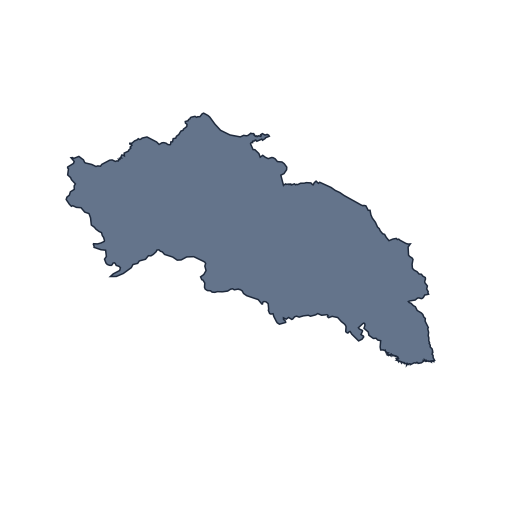 Kaeng Khoi, Saraburi, Thailand (Robinson projection), rotated 134°
{"feature_id": "78962969B58188508241949", "entity_name": "Kaeng Khoi", "entity_type": "district", "adm_level": 2, "iso_a3": "THA", "parent_name": "Thailand", "parent_adm1": "Saraburi", "projection": "robinson", "projection_center": [101.053, 14.576], "detail": "fine", "context": "isolated", "style": "filled", "palette": "slate", "viewbox_px": 512, "rotation_deg": 134, "n_neighbors": 0, "source": "geoboundaries", "source_scale": "gbopen_adm2", "svg_char_len": 6068}
<svg xmlns="http://www.w3.org/2000/svg" viewBox="0 0 512 512"><g transform="rotate(134 256 256)"><path d="M313.8,457.3L314.3,452.4L316.2,451.6L322.8,453.3L323.5,452.7L323.6,451.4L328.5,447.8L328.4,443.8L329.3,441.8L329.6,436.0L331.9,435.5L334.3,433.0L338.8,434.1L341.9,432.5L345.0,432.9L347.2,431.8L348.4,426.3L348.5,423.3L347.1,422.8L345.8,419.0L342.8,415.4L343.4,409.7L341.5,405.6L343.5,401.5L348.1,396.0L347.6,392.2L347.9,389.7L347.4,385.9L346.5,383.4L348.1,380.7L348.5,378.5L350.1,375.8L350.9,375.3L354.4,376.6L357.4,378.4L360.0,381.4L360.6,381.1L361.4,379.3L362.3,378.5L359.2,371.9L356.3,368.2L360.3,363.3L363.5,362.8L365.3,359.0L365.4,357.1L364.5,355.0L363.3,353.6L362.2,353.4L360.4,353.9L359.2,353.1L359.2,351.9L359.9,350.0L358.6,347.4L358.6,345.4L361.1,344.0L368.1,346.3L371.9,346.5L367.8,342.3L360.7,339.3L351.0,337.6L347.6,338.6L343.5,336.0L340.6,336.5L335.1,333.2L330.5,333.6L328.9,331.7L326.2,331.0L322.3,330.8L320.6,331.4L319.0,330.2L319.0,328.1L318.1,326.2L318.4,322.9L314.6,315.2L313.7,309.8L310.8,307.1L304.8,305.2L299.7,300.3L296.2,289.6L296.0,288.4L296.4,287.0L298.8,285.8L301.2,281.8L305.6,280.7L309.5,281.4L310.7,278.6L310.2,277.3L311.0,274.1L314.3,271.3L315.1,269.5L314.6,266.9L312.6,264.6L312.5,262.5L310.7,260.3L308.5,259.1L305.1,255.3L300.9,252.0L297.7,251.3L295.9,250.1L295.4,248.1L292.0,245.7L291.8,244.7L291.2,244.3L290.7,241.7L291.6,238.9L291.0,235.1L285.8,224.1L286.5,218.5L286.0,218.0L284.5,219.0L283.3,218.7L282.0,217.0L281.8,214.2L285.4,210.0L286.5,209.4L287.9,206.3L287.4,204.9L285.7,203.7L287.2,201.0L289.0,195.7L289.3,194.3L288.8,191.8L283.2,188.5L282.4,189.6L282.5,192.2L281.4,193.3L280.5,190.4L277.5,189.8L276.8,186.2L275.7,185.8L272.9,186.0L271.1,185.0L270.0,182.5L266.1,180.3L262.3,177.2L261.5,175.0L256.9,172.2L254.5,171.6L253.1,167.7L248.9,164.2L248.7,162.9L250.0,162.4L249.9,160.9L246.5,159.3L243.5,154.5L243.9,149.0L243.5,145.1L243.7,143.5L244.3,142.1L247.9,139.1L248.2,137.9L247.6,136.4L245.4,136.3L244.9,135.8L245.7,132.8L245.8,123.2L242.2,121.9L239.4,122.3L239.0,123.1L239.6,125.9L236.4,127.0L235.6,127.7L236.7,130.9L236.5,132.5L230.5,132.2L229.3,131.8L229.1,130.9L230.1,129.5L233.0,128.1L232.7,122.5L234.6,119.7L233.8,114.3L231.8,112.5L231.9,110.1L230.3,107.5L235.2,103.5L237.0,101.0L235.1,99.1L234.9,98.2L233.9,97.6L234.7,96.5L234.5,95.5L235.1,95.3L234.1,93.9L235.2,94.2L235.3,93.0L236.0,93.1L235.5,91.5L234.9,91.6L235.2,92.3L234.7,92.3L234.2,89.9L233.7,91.0L232.7,90.6L233.4,89.9L232.4,89.2L232.7,88.1L231.7,87.9L231.7,87.1L231.1,86.6L231.5,86.0L230.9,85.4L229.8,85.3L230.9,85.0L230.1,83.9L230.3,83.4L230.6,83.8L231.1,83.5L231.0,82.1L231.5,82.2L231.5,83.7L231.7,83.1L232.4,83.7L232.7,82.4L233.4,82.6L232.6,81.0L233.0,79.8L232.1,80.0L231.2,78.1L231.8,77.6L231.9,76.8L230.9,77.1L230.2,76.0L230.3,75.1L229.7,75.0L230.1,74.1L228.5,72.9L229.9,71.8L228.2,72.0L228.3,71.1L227.0,70.9L226.5,70.2L227.0,69.5L222.9,68.0L221.9,66.5L221.0,66.6L220.4,65.8L220.7,64.8L217.9,62.8L215.6,62.4L215.0,63.1L214.5,62.1L213.7,62.8L213.9,60.6L213.3,60.2L213.3,61.0L212.8,61.2L212.7,59.8L211.6,58.8L211.8,58.4L210.8,57.5L210.5,56.3L209.9,57.2L208.9,56.4L209.0,55.6L208.4,54.7L207.8,55.5L207.0,55.0L206.1,57.9L204.5,59.6L204.3,61.2L202.4,61.9L202.5,62.5L201.7,62.8L200.5,64.8L200.4,67.6L199.1,68.7L198.6,70.7L197.9,70.8L196.9,72.9L194.8,74.8L193.7,76.8L191.0,78.8L189.1,81.9L187.8,82.3L185.4,89.1L183.3,90.8L183.3,93.0L182.2,95.3L182.1,97.4L183.2,102.2L181.8,106.1L182.4,108.4L182.3,111.6L183.1,113.5L182.9,114.8L181.4,114.1L177.1,110.9L174.2,110.6L172.9,109.7L171.9,107.5L171.1,107.0L169.6,106.8L166.9,107.5L163.6,105.3L163.0,106.8L162.0,107.4L161.2,110.3L158.5,111.9L157.9,116.0L157.1,117.0L154.8,118.1L153.9,119.3L154.6,122.1L154.2,124.3L155.7,126.2L155.4,129.3L156.3,132.3L156.2,134.9L153.5,138.0L149.4,140.7L149.0,142.3L149.6,145.2L149.4,146.9L143.9,152.8L140.1,153.4L141.7,154.8L142.8,156.8L144.7,163.7L144.7,165.0L146.0,165.8L145.9,167.3L148.7,169.3L152.6,171.0L152.1,175.3L151.1,178.5L152.0,180.4L151.6,184.1L150.7,186.4L150.8,188.6L148.8,193.5L147.9,198.8L146.6,201.9L143.9,205.7L145.2,207.0L143.6,211.8L144.7,213.6L145.5,213.9L146.3,215.9L151.3,234.7L152.1,239.7L153.8,244.6L154.5,249.5L158.7,261.4L160.4,261.6L160.4,264.8L162.7,265.0L165.1,264.3L165.4,264.8L165.3,267.3L168.3,270.8L170.2,271.9L172.7,274.5L175.7,275.6L176.3,276.6L177.3,277.0L177.4,278.5L180.3,279.9L180.6,280.9L180.2,281.1L181.0,281.9L181.7,281.9L181.7,282.6L183.6,284.1L183.5,284.7L185.2,285.2L185.3,286.0L185.8,285.8L180.6,294.3L177.3,293.1L172.7,293.9L170.7,295.6L170.0,299.8L170.3,302.6L173.2,306.2L172.8,309.8L173.4,312.0L174.2,313.1L177.5,314.9L178.5,317.9L178.9,321.1L182.0,321.6L180.3,325.1L180.3,330.7L181.5,332.0L179.1,337.9L177.7,338.2L176.8,337.2L175.8,338.1L174.1,336.9L173.1,337.1L172.7,336.5L172.9,335.1L167.9,333.0L168.2,331.7L165.0,331.0L164.4,331.3L160.6,329.6L160.3,330.9L160.8,332.5L162.7,333.5L163.5,336.4L165.5,336.9L165.7,336.0L166.7,335.6L167.5,337.5L169.2,338.1L168.9,338.5L169.3,339.1L170.3,339.5L170.3,341.1L170.0,341.0L169.6,342.7L171.1,344.3L171.2,345.0L174.8,345.5L176.2,346.4L177.8,348.7L181.2,350.0L187.0,358.8L190.2,368.8L189.7,377.1L188.2,385.7L188.3,388.2L189.6,392.9L191.1,393.5L194.8,393.1L196.3,394.7L197.5,395.0L197.9,396.9L201.1,399.0L202.0,399.3L203.0,398.8L204.7,399.3L205.8,398.8L208.4,400.3L209.4,399.1L209.2,397.1L211.0,395.7L215.1,396.3L216.3,395.8L218.3,396.8L222.3,395.9L225.1,396.4L227.0,395.6L229.1,397.1L231.8,395.4L233.1,396.5L234.7,395.2L235.7,395.1L237.1,396.9L237.3,399.0L238.5,401.1L239.9,402.3L243.1,403.2L243.0,406.7L246.1,417.1L250.2,419.8L252.3,420.1L253.1,420.8L253.4,422.2L255.0,422.2L257.5,423.3L261.0,423.6L262.6,425.1L263.1,424.6L262.4,423.4L262.5,422.2L265.1,422.2L265.3,421.0L268.3,421.1L269.1,420.6L273.6,422.3L275.4,420.2L275.7,421.6L276.6,422.7L278.9,421.8L278.9,420.9L280.3,422.0L280.7,421.1L281.3,421.1L281.9,422.1L282.1,421.6L283.4,421.1L284.3,422.2L285.7,422.9L286.8,426.2L288.7,427.8L297.3,430.6L299.4,430.2L301.1,432.4L302.8,433.3L304.2,437.7L307.6,443.4L307.7,444.4L306.7,446.9L307.4,452.6L312.4,454.9L312.6,456.3L313.8,457.3Z" fill="#64748b" stroke="#1e293b" stroke-width="1.5"/></g></svg>